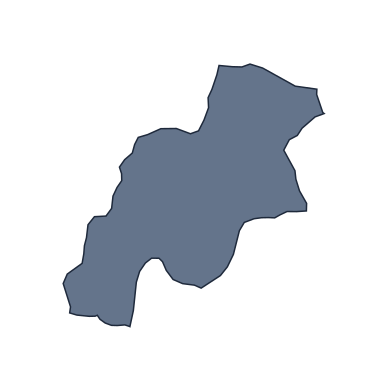 outline of Hsinchu, rotated 257°
{"feature_id": "TWN-1162", "entity_name": "Hsinchu", "entity_type": "County", "adm_level": 1, "iso_a3": "TWN", "parent_name": "Taiwan", "parent_adm1": "", "projection": "natural_earth1", "projection_center": [121.134, 24.693], "detail": "fine", "context": "isolated", "style": "filled", "palette": "slate", "viewbox_px": 384, "rotation_deg": 257, "n_neighbors": 0, "source": "natural_earth", "source_scale": "10m", "svg_char_len": 1182}
<svg xmlns="http://www.w3.org/2000/svg" viewBox="0 0 384 384"><g transform="rotate(257 192 192)"><path d="M74.8,101.2L75.0,101.0L77.6,96.7L78.7,89.2L80.2,83.5L83.9,77.9L88.7,73.7L93.2,72.0L92.8,69.7L94.0,63.9L98.0,52.1L101.7,45.6L107.4,47.8L131.8,45.9L140.1,52.0L147.2,68.9L156.2,72.7L163.9,75.1L171.2,78.9L183.5,83.3L189.9,91.4L187.9,102.8L194.1,110.0L205.8,114.1L213.3,120.0L218.9,126.1L225.7,127.5L232.6,126.9L238.7,133.7L243.4,142.6L251.2,146.8L257.3,151.9L257.9,161.7L260.7,175.9L257.4,191.0L249.1,203.6L250.1,212.1L259.3,219.8L270.4,227.1L280.3,228.9L287.5,234.5L300.6,242.6L309.2,246.8L305.0,259.5L302.6,268.8L303.6,277.3L296.9,288.7L271.9,316.4L264.1,336.8L259.0,335.4L240.1,337.3L238.7,338.4L237.5,328.8L229.4,313.6L223.4,307.3L221.1,298.6L212.1,290.8L189.6,297.1L181.1,296.1L168.9,297.0L155.1,301.1L147.8,299.2L149.4,289.3L151.6,280.2L149.9,272.5L148.2,266.8L149.9,260.7L151.3,254.0L152.0,246.4L150.6,236.1L143.7,229.5L121.9,218.3L111.1,209.6L104.2,200.9L96.3,179.3L100.7,173.4L104.8,162.3L111.0,153.9L121.4,149.3L130.7,147.6L134.9,144.9L136.6,137.7L133.3,130.6L126.4,123.1L116.7,117.5L89.7,108.2L74.8,101.2Z" fill="#64748b" stroke="#1e293b" stroke-width="1.5"/></g></svg>